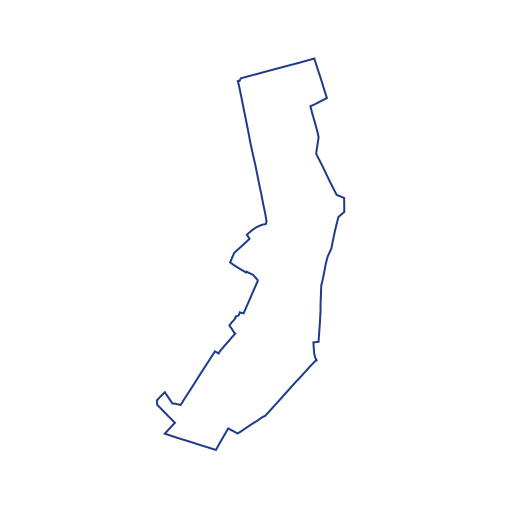 Camin, Satu Mare, Romania (Robinson projection), rotated 301°
{"feature_id": "2599482B5229850470512", "entity_name": "Camin", "entity_type": "district", "adm_level": 2, "iso_a3": "ROU", "parent_name": "Romania", "parent_adm1": "Satu Mare", "projection": "robinson", "projection_center": [22.488, 47.743], "detail": "fine", "context": "isolated", "style": "outline", "palette": "blue", "viewbox_px": 512, "rotation_deg": 301, "n_neighbors": 0, "source": "geoboundaries", "source_scale": "gbopen_adm2", "svg_char_len": 2601}
<svg xmlns="http://www.w3.org/2000/svg" viewBox="0 0 512 512"><g transform="rotate(301 256 256)"><path d="M445.8,195.3L432.4,182.3L424.7,174.8L418.8,169.1L412.5,163.1L406.4,157.1L404.4,155.2L402.4,153.3L401.4,152.3L400.4,151.5L399.9,151.5L397.9,151.8L397.5,151.6L397.3,151.2L397.3,150.9L396.7,150.3L395.6,151.4L394.4,152.4L394.0,153.0L385.4,160.9L382.6,163.5L374.0,171.3L365.8,178.8L359.0,185.0L351.1,192.0L341.7,200.8L333.3,208.9L323.4,217.9L315.3,225.3L314.0,226.6L313.1,227.5L304.6,235.1L297.9,241.3L293.6,245.1L291.4,246.9L290.3,247.5L288.4,247.9L287.7,247.2L286.6,245.8L285.0,244.4L281.1,241.7L280.4,241.3L276.7,239.6L272.7,238.2L269.5,237.2L268.4,239.6L268.1,240.2L267.4,241.6L262.0,240.1L247.4,235.7L242.9,236.3L237.2,237.1L236.8,241.8L236.7,246.6L236.7,256.0L237.7,256.0L238.3,262.8L238.3,263.3L236.5,269.0L236.2,269.7L236.1,270.0L235.4,270.3L234.6,270.5L230.4,271.0L222.7,272.0L209.0,273.8L200.5,274.9L199.6,272.4L199.4,271.2L198.0,271.5L196.0,271.6L195.5,271.3L194.5,270.5L193.6,269.8L192.9,270.1L192.2,270.2L191.0,270.2L189.7,270.1L186.3,269.3L183.0,269.0L182.6,269.1L181.4,272.1L180.6,273.8L179.2,276.5L178.8,278.2L174.4,277.3L169.9,276.6L166.3,275.9L156.7,274.2L153.2,274.2L153.1,269.9L151.8,269.9L130.8,269.2L123.4,269.0L110.0,268.7L95.7,268.2L92.3,268.2L89.4,268.0L87.6,262.2L86.5,260.4L89.4,254.2L92.3,248.0L84.5,246.1L81.4,245.4L81.2,245.5L79.5,246.7L77.7,247.9L77.5,248.0L77.4,248.5L77.1,249.8L74.9,258.2L72.3,268.4L71.3,272.4L69.9,272.1L67.7,271.6L57.6,269.5L56.7,269.3L57.4,272.3L59.1,280.0L59.7,282.6L60.5,286.0L63.3,297.1L64.9,304.2L66.8,311.8L69.1,321.5L71.3,321.5L73.5,321.4L85.3,321.1L86.7,321.1L93.9,321.0L94.4,331.6L97.7,333.4L108.8,338.5L115.4,341.9L119.6,343.8L121.1,344.5L122.8,345.5L123.7,346.2L137.2,348.9L147.4,350.9L159.4,353.2L169.3,355.1L174.3,356.3L182.5,357.9L189.2,359.2L196.6,360.9L197.0,361.0L197.3,361.5L197.8,361.7L198.3,361.0L198.5,360.6L199.1,359.4L202.6,355.9L211.5,349.7L214.7,353.8L220.3,350.9L223.3,349.4L227.2,347.4L229.6,346.2L232.0,345.0L240.0,340.7L240.1,340.8L248.9,335.6L261.9,328.5L265.0,326.8L265.5,326.8L269.5,325.5L273.4,324.2L281.6,321.2L285.3,319.8L289.4,318.6L292.6,317.7L299.0,317.0L301.0,316.8L311.0,313.2L319.6,310.3L331.0,306.8L332.2,306.6L339.2,309.0L351.1,301.7L350.5,297.2L349.9,293.7L358.1,280.6L367.7,266.0L372.4,258.4L374.8,254.8L380.0,252.6L381.6,252.0L389.8,248.6L390.9,247.7L395.2,243.6L400.2,238.3L401.1,237.3L407.0,231.0L411.1,226.8L411.4,226.5L412.5,225.5L415.1,227.5L427.9,235.4L433.7,228.8L440.8,220.9L447.8,212.8L454.5,205.1L455.3,204.3L447.6,197.0L445.8,195.3Z" fill="none" stroke="#1e3a8a" stroke-width="2"/></g></svg>